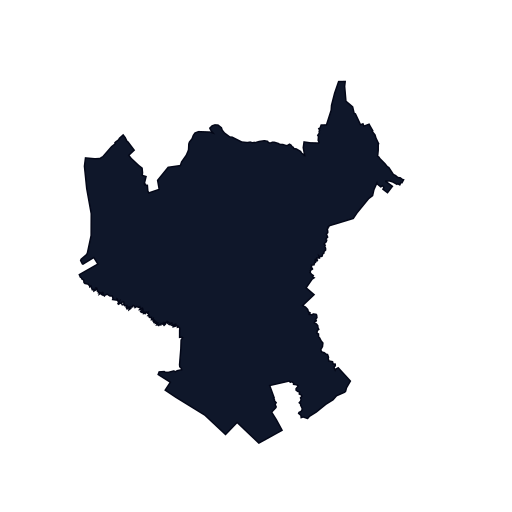 Ghizela, Timis, Romania, rotated 333°
{"feature_id": "2599482B86350995908536", "entity_name": "Ghizela", "entity_type": "district", "adm_level": 2, "iso_a3": "ROU", "parent_name": "Romania", "parent_adm1": "Timis", "projection": "orthographic", "projection_center": [21.749, 45.838], "detail": "fine", "context": "isolated", "style": "filled", "palette": "ink", "viewbox_px": 512, "rotation_deg": 333, "n_neighbors": 0, "source": "geoboundaries", "source_scale": "gbopen_adm2", "svg_char_len": 6127}
<svg xmlns="http://www.w3.org/2000/svg" viewBox="0 0 512 512"><g transform="rotate(333 256 256)"><path d="M359.7,266.7L365.6,263.4L382.4,256.0L387.3,255.1L391.2,250.4L396.8,245.9L396.6,246.5L398.6,251.1L400.6,250.7L401.1,253.0L399.4,254.1L401.9,259.3L409.2,255.8L405.5,248.5L405.8,248.1L409.1,249.8L411.6,252.3L414.1,256.1L415.0,255.9L416.4,257.9L418.5,256.3L419.3,257.0L422.1,255.1L421.0,254.0L420.1,251.9L418.0,250.4L416.9,247.7L415.4,245.7L414.5,237.5L413.5,235.9L412.8,232.4L410.6,225.5L410.4,223.6L409.6,222.4L413.0,217.1L415.8,211.6L416.2,211.6L416.4,205.4L417.0,202.1L416.1,197.8L416.9,197.4L416.6,191.3L416.6,189.9L411.1,189.3L411.3,186.8L408.7,186.5L409.1,174.5L408.2,173.4L409.8,167.0L406.4,158.9L412.0,145.1L414.7,141.0L408.8,138.1L400.0,146.6L391.7,156.0L389.2,160.2L378.3,171.2L373.5,168.9L371.2,171.1L369.8,171.0L369.8,172.7L368.8,173.7L368.3,175.2L365.8,176.5L365.9,177.9L363.9,181.2L363.9,183.4L363.1,183.8L355.7,179.8L350.6,176.2L347.3,180.9L344.9,189.0L344.5,189.4L344.9,188.2L343.3,185.1L343.2,183.1L340.5,178.9L338.5,177.5L338.5,176.0L337.8,175.1L337.5,173.0L336.6,171.6L334.1,171.8L333.0,171.3L330.5,168.8L327.7,167.3L327.2,166.1L324.1,163.1L322.4,162.1L319.6,161.8L318.4,160.1L318.4,159.1L315.8,157.1L310.8,155.4L306.4,154.6L306.1,154.0L304.2,153.5L302.6,151.9L299.8,151.0L295.1,148.0L288.7,139.3L286.7,138.1L283.7,132.0L283.0,128.5L283.4,126.0L283.1,125.4L281.6,122.1L278.9,120.5L276.0,120.1L272.9,121.1L272.8,123.2L273.6,127.0L271.3,124.7L261.2,119.1L257.5,118.7L254.9,120.1L252.3,122.5L248.4,124.3L247.0,125.7L244.2,130.6L242.9,131.9L239.6,134.6L232.4,138.4L229.7,141.1L218.0,137.1L202.7,143.9L200.0,152.7L189.0,151.1L189.2,148.8L191.3,143.7L189.3,142.5L190.0,141.7L189.2,141.0L194.1,135.3L191.2,132.5L192.7,130.3L194.4,126.0L192.6,122.2L189.1,112.5L188.3,108.5L195.5,106.4L193.7,96.2L193.1,95.2L193.2,91.1L192.6,87.8L187.8,89.1L186.3,90.1L182.7,90.7L181.7,91.1L181.9,91.8L180.6,92.3L177.0,93.0L164.4,98.1L162.6,98.0L161.8,98.5L156.7,96.3L148.6,91.2L143.9,98.1L135.8,119.0L128.4,143.5L118.4,162.9L107.1,176.8L105.7,177.8L98.7,179.5L97.7,180.4L97.7,184.1L98.1,184.7L110.8,183.7L111.5,191.4L90.1,192.4L89.9,195.1L90.5,195.8L90.5,197.6L91.6,199.1L90.7,201.6L91.1,202.8L93.5,204.7L94.2,206.8L93.9,208.0L95.3,207.7L94.8,211.8L96.5,212.2L95.7,213.6L97.6,213.5L98.9,211.8L99.6,212.5L99.0,213.3L99.2,214.3L98.7,215.2L99.6,216.3L98.9,217.2L100.3,217.9L99.1,218.9L101.5,218.8L101.7,219.2L100.9,220.0L101.2,220.6L102.3,218.7L102.9,218.7L103.2,219.3L102.2,221.3L102.8,222.8L103.7,222.3L106.1,222.5L107.7,225.3L109.8,226.4L109.3,228.9L108.5,229.7L111.6,231.9L112.8,230.9L113.0,231.6L112.4,232.7L112.6,233.9L114.3,233.9L112.9,235.1L111.5,235.5L111.5,236.5L113.9,236.5L114.5,236.8L114.6,237.6L115.4,236.3L117.2,236.7L117.0,238.3L115.5,239.0L116.8,239.5L116.4,240.2L116.6,240.9L118.5,241.4L118.3,242.4L117.1,242.7L117.1,244.6L119.6,243.7L120.0,244.0L118.4,246.2L120.8,245.8L121.8,244.5L123.0,245.3L123.7,244.2L124.3,244.3L125.0,245.5L124.8,247.0L126.6,246.8L128.3,248.6L129.4,248.4L129.1,250.3L128.1,250.8L130.1,251.4L130.4,250.8L131.2,251.0L130.9,252.9L128.0,252.7L127.9,253.3L128.8,254.6L130.3,254.7L129.6,256.2L130.3,256.3L131.1,255.4L131.5,255.7L131.3,256.9L133.0,256.2L133.4,256.5L133.3,257.4L134.5,257.2L133.7,258.2L134.1,259.6L132.7,260.1L133.6,260.8L133.1,261.7L133.6,262.7L135.1,263.2L134.0,265.2L136.1,265.0L134.9,266.8L136.4,267.0L136.5,267.6L135.0,268.2L134.9,268.9L137.1,269.2L137.4,270.1L136.2,270.5L138.0,271.3L136.2,272.3L137.3,272.8L137.8,273.8L138.8,273.3L139.9,274.2L140.8,273.0L141.6,274.1L142.4,273.7L142.5,275.1L143.8,273.6L144.1,274.6L143.5,275.8L144.5,275.5L145.1,274.2L145.8,274.4L146.6,275.6L146.6,274.1L147.1,273.8L148.5,276.2L148.1,276.9L147.3,277.1L147.6,277.7L148.3,278.1L149.2,277.3L150.6,277.5L150.2,278.8L149.3,279.2L149.8,279.9L151.2,280.0L150.1,281.5L152.2,281.9L152.0,280.8L153.1,280.0L153.7,280.4L153.3,281.9L154.4,282.7L153.7,283.8L154.7,283.9L155.3,285.2L155.1,286.5L154.4,287.2L151.0,293.8L153.1,294.6L153.5,295.5L151.1,296.9L147.0,304.4L138.5,318.2L137.8,320.1L138.5,321.8L138.1,323.6L133.7,322.4L131.6,322.6L130.6,321.1L125.1,319.9L122.3,318.4L121.8,317.3L117.1,315.3L115.0,317.2L122.4,329.6L114.2,334.3L120.4,345.4L138.2,374.6L147.8,401.2L163.6,395.7L173.6,424.0L200.1,423.1L199.8,411.2L199.0,402.2L204.9,400.1L205.5,399.5L205.6,397.0L207.4,395.8L206.7,393.6L207.2,392.4L207.0,390.6L207.8,390.6L209.4,377.6L228.9,382.5L229.2,384.0L231.0,384.4L231.8,386.3L231.2,387.4L233.6,389.1L234.5,390.6L234.3,391.2L231.5,392.4L230.8,393.7L231.7,395.6L233.1,397.1L231.9,398.6L233.4,400.7L233.2,401.8L231.2,402.6L231.2,404.0L230.0,405.5L227.9,406.4L228.6,408.1L228.0,409.3L228.0,412.6L227.1,414.1L225.8,414.9L223.3,414.9L222.5,415.6L223.7,418.3L222.9,420.5L224.9,420.8L228.2,424.2L230.9,423.1L238.9,422.4L251.1,419.8L259.3,419.1L264.3,417.1L273.1,417.6L274.4,417.2L276.8,414.5L283.3,410.3L278.5,392.9L275.7,393.0L274.7,393.7L274.9,390.9L275.5,390.1L276.8,389.9L277.5,388.3L275.7,387.2L276.2,384.9L273.3,382.6L273.9,379.7L274.5,379.4L274.8,378.3L275.0,376.2L274.1,375.7L272.9,373.1L272.2,373.1L272.0,372.1L270.9,371.3L271.1,368.9L274.1,366.9L276.1,363.9L275.5,361.2L275.5,357.8L275.0,356.6L276.3,353.8L275.2,352.5L276.8,350.2L278.6,349.9L278.7,347.7L279.4,346.2L279.0,344.0L277.5,342.1L278.8,340.9L279.6,341.4L280.4,341.0L280.4,339.4L282.3,338.6L283.2,336.2L283.1,335.3L280.7,333.6L278.7,333.9L278.2,332.8L276.8,332.2L276.8,331.7L278.3,331.1L277.3,329.5L277.8,327.1L276.9,324.0L275.0,321.3L290.2,316.8L286.2,307.1L295.5,302.1L297.9,301.8L296.8,300.1L298.2,299.4L297.2,297.6L296.6,295.1L297.2,294.9L297.8,293.6L300.4,293.3L300.6,292.4L299.5,291.5L300.9,290.3L301.2,289.3L303.7,290.2L304.7,288.9L306.2,288.6L306.3,287.3L308.0,288.1L308.9,287.6L308.7,286.7L307.8,286.6L307.5,286.0L308.9,286.2L309.6,285.3L311.5,286.6L312.0,284.5L312.4,285.7L314.7,286.2L316.7,284.2L317.9,284.2L318.5,282.9L320.7,282.3L321.5,280.7L321.6,278.4L322.6,277.8L322.1,276.5L322.4,276.0L325.0,275.2L326.2,274.0L325.8,273.0L326.0,272.5L328.4,271.7L328.7,268.3L330.5,267.8L331.3,266.2L331.5,264.5L332.5,264.2L333.1,262.9L333.8,263.2L335.0,262.3L359.7,266.7Z" fill="#0f172a" stroke="#020617" stroke-width="1.5"/></g></svg>